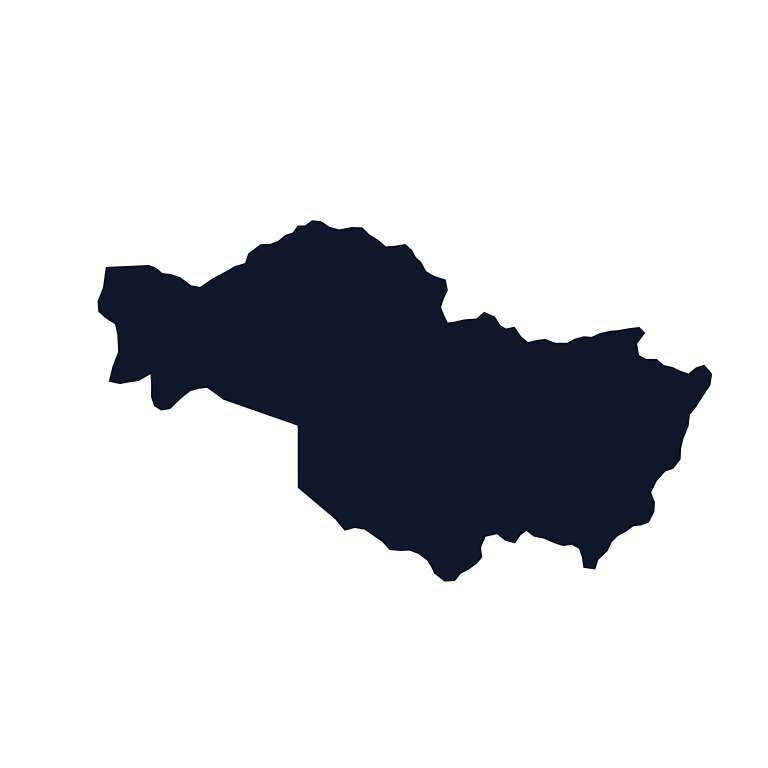 Caturaí, Goiás, Brazil (Natural Earth projection), rotated 204°
{"feature_id": "56859067B16617210056848", "entity_name": "Caturaí", "entity_type": "district", "adm_level": 2, "iso_a3": "BRA", "parent_name": "Brazil", "parent_adm1": "Goiás", "projection": "natural_earth1", "projection_center": [-49.588, -16.454], "detail": "fine", "context": "isolated", "style": "filled", "palette": "ink", "viewbox_px": 768, "rotation_deg": 204, "n_neighbors": 0, "source": "geoboundaries", "source_scale": "gbopen_adm2", "svg_char_len": 2095}
<svg xmlns="http://www.w3.org/2000/svg" viewBox="0 0 768 768"><g transform="rotate(204 384 384)"><path d="M83.2,435.9L87.1,445.7L89.0,455.8L89.4,469.4L92.8,480.0L90.2,490.2L88.3,502.4L86.1,515.8L89.0,526.2L99.1,531.0L105.2,525.4L109.7,516.6L119.8,515.8L126.8,516.1L136.3,514.4L144.9,517.0L154.7,512.7L163.3,513.5L170.0,523.6L167.0,536.4L173.8,539.1L183.0,533.6L191.1,528.1L198.5,524.0L207.1,517.5L213.1,510.8L220.5,508.2L228.0,502.0L233.0,495.5L244.2,490.5L255.0,490.0L261.9,485.7L269.3,480.0L278.4,482.6L288.0,488.5L294.9,483.5L301.9,484.3L310.2,490.0L321.4,490.0L325.5,480.9L336.3,475.2L343.9,469.4L350.9,465.1L357.3,470.6L363.8,476.8L364.8,486.6L364.5,495.3L370.5,503.7L381.7,502.4L391.4,503.4L400.1,509.9L406.8,512.1L413.1,517.0L421.4,519.7L430.1,513.9L438.4,509.6L447.6,512.5L458.2,513.9L467.6,517.5L477.2,513.5L487.4,506.3L498.2,504.6L507.3,506.5L515.8,503.7L520.0,496.2L526.7,493.1L528.2,484.9L534.3,479.5L538.4,471.1L544.4,465.1L553.0,461.0L560.4,447.8L559.3,437.6L567.6,430.6L574.3,421.3L582.5,410.9L587.0,403.7L591.1,397.1L600.4,394.9L613.3,398.0L622.9,397.1L631.7,394.4L639.9,396.8L647.0,396.3L684.8,377.4L682.5,369.3L679.2,358.0L678.6,343.4L673.9,334.5L666.0,331.9L653.5,329.8L647.0,320.9L642.8,312.7L639.2,305.5L638.4,289.7L635.8,275.1L625.3,277.3L619.0,281.8L610.0,287.4L601.2,299.5L596.1,289.7L590.8,277.7L584.8,271.1L577.0,269.9L569.8,274.6L564.3,288.3L558.6,299.3L551.4,305.1L544.2,309.4L524.1,305.1L445.4,311.6L420.0,254.8L373.4,241.3L360.4,234.9L352.5,241.3L342.5,243.8L330.8,241.6L321.4,239.9L311.2,235.4L301.1,239.0L293.0,243.0L283.2,243.5L272.7,241.1L266.2,236.8L260.7,232.0L248.6,228.9L239.7,233.4L237.5,242.1L232.5,248.3L227.0,257.4L224.6,265.5L229.6,273.7L229.9,286.1L219.8,293.6L209.7,290.9L200.2,292.4L198.5,301.5L194.4,308.6L185.3,306.3L174.4,308.6L163.3,308.6L154.7,309.6L147.5,314.2L138.5,313.5L132.2,306.8L126.8,298.1L116.4,301.0L117.5,310.8L112.6,322.3L112.3,332.4L109.3,340.3L103.3,348.2L98.8,356.1L92.5,359.7L86.5,365.5L85.8,377.2L89.0,385.8L96.6,393.2L96.1,406.4L92.1,418.8L85.8,424.9L83.2,435.9Z" fill="#0f172a" stroke="#020617" stroke-width="1.5"/></g></svg>